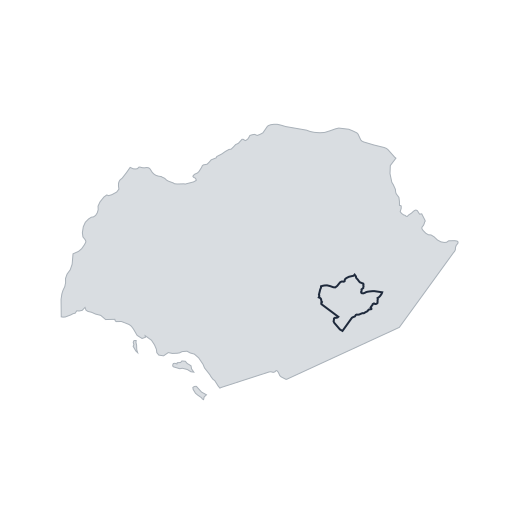 location of Simiyu within United Republic of Tanzania, rotated 126°
{"feature_id": "TZA-5585", "entity_name": "Simiyu", "entity_type": "Region", "adm_level": 1, "iso_a3": "TZA", "parent_name": "United Republic of Tanzania", "parent_adm1": "", "projection": "albers", "projection_center": [34.096, -3.023], "detail": "fine", "context": "in_parent", "style": "outline", "palette": "slate", "viewbox_px": 512, "rotation_deg": 126, "n_neighbors": 0, "source": "natural_earth", "source_scale": "10m", "svg_char_len": 5171}
<svg xmlns="http://www.w3.org/2000/svg" viewBox="0 0 512 512"><g transform="rotate(126 256 256)"><path d="M198.5,346.2L193.7,343.7L189.3,342.2L185.7,340.5L184.2,338.9L180.8,338.3L177.9,338.0L175.2,336.5L169.8,335.9L169.1,334.9L169.0,332.6L168.1,332.0L166.1,331.4L163.9,331.5L162.6,331.8L161.8,331.6L160.1,330.3L158.4,328.6L157.8,325.9L155.2,324.2L152.3,322.8L144.3,323.0L143.0,322.5L141.1,321.2L138.9,318.9L137.0,316.3L135.5,312.8L133.8,308.0L124.5,289.1L123.5,285.5L121.7,281.5L118.7,276.7L115.6,273.0L111.3,269.8L106.5,266.5L103.9,264.3L98.9,255.4L97.9,251.2L97.1,246.8L97.4,245.1L100.5,239.5L100.8,237.9L100.4,235.8L98.8,231.3L96.9,225.9L92.9,216.1L92.3,213.6L92.4,211.7L94.6,201.7L94.6,200.3L103.9,200.5L110.6,196.0L116.5,189.5L117.7,186.7L120.1,182.5L122.4,180.4L123.3,179.0L124.6,174.8L127.7,171.9L130.7,169.7L130.1,168.2L130.6,167.6L132.2,166.5L135.4,165.4L136.0,163.2L136.0,160.7L135.5,159.4L135.6,157.8L135.1,156.9L133.0,156.6L129.9,155.4L127.2,154.9L125.5,154.2L124.8,153.6L124.5,152.1L126.0,148.3L124.5,146.7L127.7,140.4L128.3,139.6L129.5,139.5L131.4,138.8L133.1,138.5L134.5,138.7L135.5,138.5L136.5,137.7L137.2,135.6L137.8,132.0L137.5,129.0L136.1,126.8L135.8,123.3L136.4,118.7L135.9,114.8L134.4,111.7L132.9,109.9L130.5,109.1L126.9,104.4L125.7,102.1L125.9,100.7L127.2,100.1L129.5,100.3L131.7,99.7L133.8,98.4L135.8,98.0L136.8,98.2L229.5,98.1L337.7,158.7L338.2,159.4L339.0,164.6L338.8,166.4L337.1,169.4L336.6,170.9L336.6,172.0L337.0,172.4L338.5,172.6L339.7,173.3L340.1,173.9L341.0,176.1L342.2,177.3L383.1,207.1L384.1,207.5L383.5,210.0L381.1,216.0L381.0,218.6L380.1,221.5L379.2,223.5L376.8,231.9L374.8,235.1L372.1,242.5L371.6,248.2L373.1,252.2L373.6,255.9L376.8,259.6L379.3,260.9L381.0,262.6L384.0,266.4L385.7,270.2L391.1,272.1L393.3,276.4L392.5,279.4L390.0,281.8L387.6,285.8L385.6,291.0L385.6,298.9L386.8,297.7L389.7,299.7L390.1,305.5L387.1,312.3L386.1,315.5L386.0,318.3L388.1,326.4L391.3,330.6L391.1,331.9L390.2,333.0L395.8,340.3L395.3,346.7L397.3,351.7L398.2,356.0L399.6,359.3L399.8,361.6L398.1,364.1L402.2,364.7L404.5,366.8L405.7,368.8L408.6,368.7L410.2,370.1L412.5,371.2L417.5,374.5L418.9,376.2L419.7,377.8L405.7,388.2L400.7,390.8L397.1,392.0L393.2,392.7L389.6,394.3L386.1,396.9L381.7,398.2L376.3,398.2L370.7,399.9L361.8,405.3L356.6,402.3L352.5,401.3L347.9,401.4L345.0,401.8L344.0,402.4L343.1,404.2L342.3,407.2L339.3,410.1L333.9,412.9L329.0,413.9L324.4,413.2L321.4,412.0L319.8,410.4L317.4,409.6L314.3,409.8L311.3,410.9L308.5,413.1L303.9,414.0L297.7,413.7L294.3,412.6L293.9,410.8L291.2,408.7L286.2,406.3L282.5,406.2L280.1,408.5L277.9,410.0L276.0,410.6L274.2,410.7L271.7,410.0L264.8,409.8L258.3,409.9L257.6,406.5L256.3,404.5L255.1,403.3L252.8,402.9L252.2,402.0L251.4,399.9L250.3,398.1L248.9,396.7L248.0,395.3L247.7,394.0L247.9,392.7L249.3,389.2L249.7,386.9L249.6,384.5L248.8,382.0L247.3,379.0L247.4,378.2L246.9,376.2L246.9,374.8L247.2,373.0L246.9,370.7L245.5,365.8L245.5,364.5L244.1,362.1L239.8,356.5L239.6,355.7L232.8,350.1L230.0,348.8L229.0,349.9L228.7,350.9L229.0,352.7L228.8,353.6L228.5,354.0L226.9,353.9L225.9,353.7L223.3,352.2L221.3,351.8L216.3,352.1L214.5,352.5L213.2,352.1L210.5,349.5L207.4,349.0L204.6,348.8L200.0,345.9L198.5,346.2ZM392.0,251.4L394.2,257.7L393.9,258.8L392.3,259.6L391.5,259.6L390.5,258.6L389.8,256.5L388.6,257.0L386.5,254.4L384.5,254.3L382.7,251.3L383.4,248.6L383.0,244.1L385.2,241.8L386.5,238.0L387.9,240.6L388.2,244.8L390.1,249.6L392.0,251.4ZM403.0,214.0L403.2,215.4L402.7,216.8L402.8,221.3L402.6,224.3L400.9,228.4L399.5,229.8L398.3,229.4L397.3,228.7L396.5,227.6L398.1,220.1L397.4,214.5L400.5,215.1L403.0,214.0ZM398.0,304.6L396.4,305.0L395.8,304.6L394.8,303.3L396.5,302.3L398.2,300.3L402.0,297.3L403.8,294.9L403.5,297.3L401.3,302.3L399.5,302.7L398.0,304.6Z" fill="#d9dde1" stroke="#a8b0b8" stroke-width="1"/><path d="M222.7,130.1L223.8,130.4L224.7,131.2L225.2,132.4L225.1,132.7L226.3,133.3L227.1,133.0L229.1,133.1L230.3,133.0L230.5,131.9L231.2,131.5L233.1,133.3L234.1,133.4L235.2,133.4L237.5,134.6L238.3,134.8L239.0,135.2L239.6,136.2L240.6,136.9L242.8,138.2L243.6,139.1L244.3,140.2L245.1,140.6L246.1,140.5L246.8,140.5L248.5,141.6L249.6,142.1L265.8,142.0L266.1,144.9L264.1,153.3L263.3,154.8L261.7,155.5L261.2,155.9L260.7,156.2L259.6,155.8L258.9,154.8L257.8,153.9L256.8,153.7L256.5,174.8L255.7,175.6L255.0,175.4L254.4,175.6L254.4,176.1L254.2,176.5L253.2,177.4L252.4,178.5L252.3,179.7L252.6,180.9L251.5,181.1L250.7,181.7L250.4,182.3L245.3,184.4L244.3,184.6L243.2,184.9L242.3,185.6L240.9,184.5L239.7,183.4L238.0,181.3L236.8,178.4L235.8,175.0L234.8,173.4L232.4,172.7L229.7,172.6L227.5,172.4L226.1,171.5L225.2,169.9L224.3,169.5L223.3,170.1L222.2,170.3L220.7,169.9L218.2,168.6L216.0,166.7L214.6,165.4L213.1,165.3L213.8,163.1L214.6,162.4L215.0,161.5L215.2,160.1L216.0,157.6L216.2,156.4L215.3,153.0L215.8,152.3L216.5,152.1L216.9,151.6L217.4,151.1L218.1,150.9L218.9,150.4L221.0,151.0L222.1,150.1L222.6,149.9L223.2,149.9L223.8,149.3L223.9,148.5L223.1,147.2L221.8,146.3L220.5,145.7L219.4,144.8L218.1,143.5L215.8,140.9L214.9,139.7L211.2,132.6L211.6,132.5L212.4,132.2L213.9,132.1L215.6,132.1L217.3,132.4L218.5,133.0L219.2,132.3L219.6,131.9L220.0,131.8L220.3,131.7L221.6,130.7L222.7,130.1Z" fill="none" stroke="#1e293b" stroke-width="2"/></g></svg>